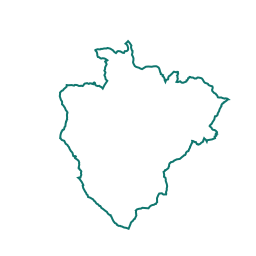 Sant, Bistrita-Nasaud, Romania, rotated 217°
{"feature_id": "2599482B92679946277373", "entity_name": "Sant", "entity_type": "district", "adm_level": 2, "iso_a3": "ROU", "parent_name": "Romania", "parent_adm1": "Bistrita-Nasaud", "projection": "equal_earth", "projection_center": [24.977, 47.501], "detail": "fine", "context": "isolated", "style": "outline", "palette": "teal", "viewbox_px": 256, "rotation_deg": 217, "n_neighbors": 0, "source": "geoboundaries", "source_scale": "gbopen_adm2", "svg_char_len": 5813}
<svg xmlns="http://www.w3.org/2000/svg" viewBox="0 0 256 256"><g transform="rotate(217 128 128)"><path d="M102.9,210.1L103.2,208.7L104.6,207.6L106.5,207.4L107.7,206.5L108.1,206.3L108.8,206.3L109.6,205.8L109.4,205.1L109.6,204.2L109.9,204.0L109.5,202.9L109.4,201.8L109.9,201.3L109.4,200.3L109.8,199.5L111.3,197.2L112.6,196.5L114.4,196.7L115.6,194.9L116.5,194.2L117.0,194.0L117.1,195.2L117.9,197.4L118.9,198.1L119.6,199.1L120.4,199.4L120.3,200.5L120.6,201.0L120.6,201.5L121.9,202.8L122.6,202.4L122.8,201.6L125.2,200.6L125.5,199.2L125.5,198.0L125.8,196.7L125.9,195.4L126.4,194.3L126.5,193.8L126.2,192.5L125.4,191.4L125.3,190.9L125.7,190.5L126.4,189.2L125.9,187.4L127.7,188.4L128.0,189.1L130.0,190.2L131.4,190.2L131.8,191.3L134.2,190.8L134.7,191.5L135.6,191.8L138.3,193.9L139.4,194.5L140.1,194.7L142.1,194.5L142.8,194.2L144.6,192.7L145.9,191.2L148.8,189.3L150.6,187.7L152.2,183.5L154.0,182.9L155.3,182.8L158.2,181.7L159.9,181.6L162.5,182.8L163.6,183.6L164.4,185.3L165.6,187.0L167.3,188.1L168.9,188.8L169.9,191.1L170.8,192.3L171.3,192.2L172.7,193.1L174.1,194.2L174.6,195.0L174.9,195.9L178.1,197.0L180.2,197.4L180.2,196.7L180.5,195.5L180.7,193.9L180.0,194.0L178.2,193.6L176.8,192.6L175.4,191.2L175.0,190.1L175.1,189.2L175.6,188.4L176.8,187.4L176.4,185.5L177.5,184.9L180.2,184.6L182.2,183.5L182.7,182.6L182.6,181.9L182.7,180.6L184.6,180.5L187.0,181.0L187.7,180.9L189.9,180.7L192.5,179.6L192.7,179.4L192.8,178.9L193.1,178.5L194.9,177.2L196.0,175.8L197.2,174.9L197.2,174.5L197.7,173.9L199.7,172.6L201.0,170.7L200.7,170.3L199.1,170.0L198.4,169.7L196.9,168.4L196.2,167.5L194.8,166.6L193.7,167.1L191.8,167.1L191.1,167.4L190.2,168.5L188.8,169.3L187.6,169.6L185.2,169.7L185.3,169.2L186.1,168.2L186.3,167.4L185.2,166.8L184.8,166.9L183.4,166.0L182.8,162.7L181.7,161.1L181.4,159.6L179.5,158.9L178.9,157.5L178.7,156.1L178.4,155.8L177.1,155.2L175.2,153.5L172.9,153.2L172.6,148.1L171.9,144.3L173.3,144.6L174.3,144.6L174.7,144.4L175.2,144.3L176.2,144.5L177.5,143.2L179.2,142.7L180.3,142.9L181.3,144.0L182.2,144.1L182.5,143.8L182.7,143.0L182.2,142.1L183.3,141.6L184.1,141.5L185.4,140.7L185.6,140.0L185.9,139.6L187.7,139.2L188.3,138.4L189.1,137.7L189.4,136.9L189.3,134.7L189.6,134.1L190.9,133.6L191.5,132.8L192.6,132.0L194.3,131.7L195.3,131.2L196.4,130.4L196.6,129.4L198.8,128.4L201.4,126.2L202.8,125.4L201.9,124.0L202.7,120.2L202.6,119.8L202.7,118.6L203.3,117.9L203.6,115.4L202.8,114.4L201.6,112.3L198.5,110.1L196.7,109.5L196.0,108.8L194.9,107.2L193.1,107.1L192.1,106.6L190.8,106.3L188.3,104.8L187.1,104.6L186.5,104.2L186.0,104.2L185.4,103.7L185.3,102.9L185.1,102.3L184.6,101.9L184.2,101.1L183.1,100.0L182.4,98.8L181.8,98.3L181.8,98.0L181.7,97.9L181.7,97.0L181.2,96.2L181.3,95.7L180.8,95.0L180.7,94.4L179.1,91.7L179.2,90.3L178.7,89.4L178.3,88.4L178.5,87.7L179.1,87.2L178.8,86.3L179.0,85.5L178.7,85.0L178.6,84.0L177.7,81.8L176.5,79.8L176.3,79.8L176.0,79.0L175.2,79.0L173.7,78.6L171.2,79.4L168.3,77.9L166.1,78.0L165.4,77.6L163.7,77.2L162.1,76.2L159.7,75.2L158.3,75.0L157.3,74.7L154.9,72.7L154.1,72.9L153.5,73.7L152.6,73.9L152.4,73.8L152.6,72.4L152.3,72.1L149.4,72.2L147.8,72.1L146.2,71.1L145.8,70.3L144.8,69.3L143.4,66.3L143.1,66.1L142.6,66.4L141.8,65.8L140.0,65.6L139.2,65.3L138.4,63.6L137.1,62.5L136.7,61.0L136.2,59.9L136.6,59.4L137.2,59.1L137.8,58.3L136.2,58.2L132.3,57.0L129.3,55.5L129.5,54.7L127.6,53.1L123.7,51.3L122.7,51.1L121.1,50.1L119.8,50.1L119.4,49.6L118.5,49.2L118.3,48.9L115.9,49.7L114.6,49.7L113.6,50.0L112.5,49.9L111.4,49.4L110.0,49.5L108.5,48.9L107.3,48.7L105.9,49.0L103.9,48.5L103.3,49.0L103.0,49.0L101.0,48.1L100.0,48.3L96.3,48.2L94.3,48.3L93.3,47.8L91.7,47.4L90.1,47.6L89.5,47.9L89.1,47.4L88.2,47.4L87.9,47.1L86.3,46.3L85.7,45.9L83.0,44.6L82.4,44.6L81.3,44.2L80.3,44.5L79.0,44.4L78.6,44.0L77.8,44.2L76.8,44.1L75.2,45.2L74.6,45.2L73.6,45.7L71.4,46.1L69.3,47.2L66.9,47.9L68.2,52.8L68.6,53.7L68.7,55.0L68.2,57.0L68.4,58.5L68.2,59.0L67.9,59.4L68.7,63.2L69.6,64.0L69.8,64.4L70.6,65.0L71.7,66.7L72.1,66.8L71.8,68.5L70.6,70.1L69.1,71.5L68.5,72.9L63.3,76.2L63.3,78.4L62.9,79.9L62.2,81.1L61.1,82.3L60.6,83.7L60.0,84.1L60.3,85.9L60.1,86.3L62.6,89.4L63.5,93.0L63.6,94.5L61.7,96.2L61.2,96.3L60.7,96.1L59.7,96.2L57.6,97.9L58.0,98.6L59.0,99.6L59.8,102.0L60.5,102.7L61.7,105.1L63.2,106.5L66.1,108.5L66.9,109.7L68.2,110.8L69.9,110.7L71.0,112.5L73.2,114.4L72.7,115.7L73.0,116.4L73.0,116.8L72.4,117.3L71.6,120.2L72.1,121.3L72.1,122.1L72.9,123.1L73.4,124.4L73.5,125.0L73.2,125.6L73.2,126.5L72.3,127.5L72.1,128.0L71.7,128.4L71.6,128.7L71.6,129.6L70.2,132.3L68.0,134.5L67.3,137.8L66.9,139.0L66.9,139.7L66.1,140.9L66.2,141.7L66.7,142.9L66.8,143.9L66.6,144.9L66.3,145.5L65.9,145.8L65.9,146.2L66.4,147.6L66.7,149.8L67.3,150.6L67.2,151.1L68.0,154.6L67.8,154.9L68.1,155.5L69.0,156.3L68.5,156.6L67.5,156.9L66.2,156.9L65.4,157.6L63.4,156.6L62.9,156.7L62.7,157.1L62.2,157.3L61.8,157.1L61.1,158.1L60.7,159.2L60.7,160.0L60.5,160.7L59.9,161.9L60.0,162.8L60.4,163.3L61.0,165.6L59.8,165.3L59.7,165.5L59.3,165.5L58.6,165.4L56.9,164.6L57.4,165.9L54.0,169.5L52.4,172.2L53.2,172.7L53.6,173.2L53.1,173.7L52.9,175.0L53.8,175.2L53.3,176.7L54.4,176.7L54.2,177.8L54.6,178.0L54.6,178.3L56.1,178.6L57.6,178.5L59.1,177.7L59.5,177.7L60.3,177.8L61.6,178.5L62.8,178.5L64.0,178.7L64.1,180.1L64.0,180.8L63.7,181.1L63.8,182.5L64.0,183.3L64.2,186.7L65.5,189.5L65.5,189.9L64.6,190.5L64.5,190.8L64.4,192.0L64.4,192.6L64.9,193.1L65.1,193.8L65.5,196.6L66.1,197.9L66.5,200.8L66.5,201.5L66.8,201.8L66.7,202.0L67.3,202.9L67.3,204.4L67.1,204.5L66.7,205.6L67.0,206.1L66.3,207.4L65.7,209.5L65.5,210.9L65.2,211.2L66.2,211.2L67.0,210.9L68.2,210.2L68.4,209.7L70.5,208.8L71.9,208.5L73.5,207.2L74.7,206.6L76.5,207.7L77.9,207.8L78.6,208.2L80.3,207.8L83.0,208.3L83.8,209.0L84.2,210.4L84.8,211.4L85.7,212.0L88.7,210.9L89.9,210.9L90.5,211.3L91.1,211.3L93.8,210.4L95.1,210.6L97.3,211.6L98.7,212.0L99.8,211.8L102.1,210.7L102.9,210.1Z" fill="none" stroke="#0f766e" stroke-width="2"/></g></svg>